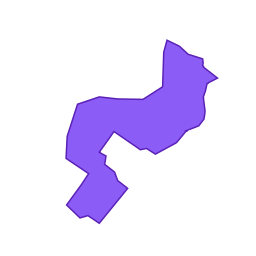 the district of Bayramaly, Mary, Turkmenistan, rotated 218°
{"feature_id": "10190150B50405020357004", "entity_name": "Bayramaly", "entity_type": "district", "adm_level": 2, "iso_a3": "TKM", "parent_name": "Turkmenistan", "parent_adm1": "Mary", "projection": "natural_earth1", "projection_center": [62.18, 37.598], "detail": "fine", "context": "isolated", "style": "filled", "palette": "violet", "viewbox_px": 256, "rotation_deg": 218, "n_neighbors": 0, "source": "geoboundaries", "source_scale": "gbopen_adm2", "svg_char_len": 840}
<svg xmlns="http://www.w3.org/2000/svg" viewBox="0 0 256 256"><g transform="rotate(218 128 128)"><path d="M73.6,181.7L76.4,186.8L78.0,189.1L86.2,197.2L86.3,197.5L87.8,198.9L89.8,204.9L93.0,211.6L92.4,212.7L92.6,213.0L88.2,222.4L105.6,222.4L106.4,223.1L107.6,223.1L108.8,225.5L111.7,228.4L126.1,223.1L137.7,224.1L151.3,221.2L146.5,209.7L126.1,181.8L133.8,159.8L154.2,144.4L156.2,143.2L169.8,134.8L182.4,115.7L170.8,84.0L158.1,65.9L130.9,67.8L129.9,55.3L129.0,29.5L110.5,27.6L105.6,34.3L92.0,35.2L91.1,80.2L103.7,80.2L111.5,85.0L124.1,85.0L125.5,87.8L128.1,92.4L135.3,91.2L135.3,91.8L135.8,91.7L136.5,109.8L136.9,116.4L136.7,116.4L136.7,116.6L104.9,118.5L101.3,122.7L100.7,123.3L94.2,123.9L90.3,124.3L80.8,146.2L80.4,157.0L80.4,160.7L79.9,161.4L80.7,161.4L73.6,173.2L73.6,181.7Z" fill="#8b5cf6" stroke="#5b21b6" stroke-width="1.5"/></g></svg>